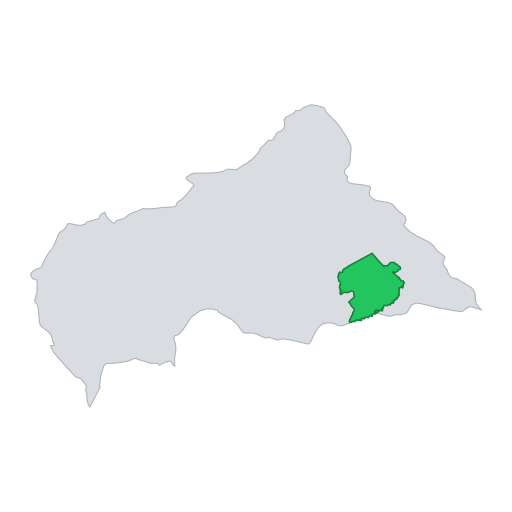 Rafaï, Mbomou, Central African Republic (highlighted)
{"feature_id": "33826404B37622790924059", "entity_name": "Rafaï", "entity_type": "district", "adm_level": 2, "iso_a3": "CAF", "parent_name": "Central African Republic", "parent_adm1": "Mbomou", "projection": "albers", "projection_center": [24.169, 5.748], "detail": "fine", "context": "in_parent", "style": "filled", "palette": "green", "viewbox_px": 512, "rotation_deg": 0, "n_neighbors": 0, "source": "geoboundaries", "source_scale": "gbopen_adm2", "svg_char_len": 8587}
<svg xmlns="http://www.w3.org/2000/svg" viewBox="0 0 512 512"><path d="M364.6,185.1L369.7,186.4L370.6,188.0L369.2,193.1L370.2,196.3L373.0,199.1L375.9,200.2L378.7,200.9L388.4,202.5L392.5,204.4L397.8,210.4L404.5,215.9L406.1,218.8L405.8,221.4L403.9,224.6L404.2,226.0L407.2,229.2L410.8,232.4L417.2,236.1L428.4,241.8L433.5,245.6L435.3,248.5L438.2,251.6L442.2,254.5L444.9,256.7L443.0,263.0L443.6,265.1L444.6,266.8L446.9,269.3L447.9,272.5L450.2,276.4L453.0,278.2L457.6,278.9L460.0,280.7L465.1,283.9L470.0,286.6L472.1,288.4L473.5,290.1L474.6,292.1L475.1,294.0L475.3,298.3L476.1,303.5L478.8,307.1L481.3,309.8L471.2,306.8L469.7,306.7L468.0,307.3L462.7,311.1L461.1,311.6L454.5,310.8L438.5,307.9L426.2,305.0L422.5,304.0L415.9,303.0L411.6,305.0L407.5,311.7L406.4,313.1L400.0,315.1L397.0,314.5L389.6,316.4L378.1,313.6L374.0,314.2L370.8,315.6L362.6,318.6L357.6,320.4L351.8,321.9L346.3,324.4L342.6,325.7L339.0,325.7L335.7,324.3L332.2,323.1L327.9,322.9L323.4,323.5L319.6,326.2L318.1,328.1L314.8,333.2L310.9,341.5L309.3,343.2L307.9,344.1L290.1,339.8L282.4,338.8L277.2,340.1L270.6,337.7L267.8,337.3L266.4,338.0L262.8,337.0L256.9,334.1L251.3,332.9L246.2,333.3L243.1,332.3L240.6,329.5L237.4,324.5L231.6,319.4L223.9,315.4L219.0,312.3L217.1,310.3L212.9,309.1L206.5,308.8L200.3,310.8L191.4,317.0L183.0,329.7L178.4,334.6L174.7,335.8L173.7,338.9L175.5,343.9L175.9,349.5L174.5,359.1L174.9,366.1L173.0,365.0L171.1,361.7L170.2,361.0L164.8,362.4L161.9,363.7L160.4,365.0L159.3,365.2L157.6,363.4L156.2,363.1L154.1,363.4L151.9,363.3L150.4,363.1L149.5,363.2L147.0,362.1L137.6,359.3L136.0,358.4L134.1,358.5L129.2,360.8L126.7,361.4L118.9,362.8L110.6,363.4L107.4,363.4L105.2,364.4L103.8,365.8L101.1,374.7L100.4,376.2L100.5,378.4L99.7,385.5L99.9,387.8L89.7,407.3L88.1,404.0L87.1,400.1L86.8,395.7L87.0,394.6L86.4,393.3L85.6,389.7L86.5,387.4L85.8,384.9L83.9,382.5L82.2,380.7L81.2,379.0L80.4,378.3L78.5,378.0L75.9,377.2L65.0,365.5L53.7,352.4L51.5,348.2L50.6,345.7L53.4,345.5L54.1,345.1L54.1,344.0L52.5,340.6L51.7,336.4L50.3,333.8L45.9,329.8L41.6,326.7L40.3,325.1L39.6,322.9L38.2,308.9L37.5,304.9L36.2,303.2L35.2,302.4L34.9,301.4L35.1,298.9L35.7,296.7L35.7,295.8L36.9,293.9L37.1,281.0L35.7,279.2L33.1,279.1L31.8,277.2L30.7,274.8L31.1,273.1L33.6,270.6L35.3,269.6L40.2,267.6L41.6,266.6L42.4,265.3L43.0,263.6L46.0,257.0L50.3,250.5L52.1,249.1L56.5,239.4L57.5,237.0L58.3,234.5L59.7,232.5L64.3,229.3L67.9,223.6L71.7,223.9L75.6,224.9L80.5,225.4L84.4,224.4L87.0,222.1L99.1,218.4L100.0,215.3L102.0,213.7L104.2,212.3L105.0,212.2L105.1,213.2L106.4,216.4L109.1,219.7L113.1,223.2L114.3,223.0L116.8,220.4L123.1,218.8L124.7,218.1L129.2,214.3L134.6,211.9L137.8,211.0L143.2,208.5L147.1,208.9L153.3,208.6L163.6,207.4L171.1,207.1L174.9,206.7L175.8,206.2L177.3,202.4L178.5,201.4L181.3,199.8L186.8,194.2L190.5,189.5L191.6,187.8L192.4,187.5L193.9,185.6L192.4,183.5L186.3,179.2L186.4,178.6L186.0,177.9L186.4,177.3L188.7,175.7L191.9,173.7L195.3,173.0L204.1,173.2L211.6,172.9L213.4,173.0L219.2,172.1L223.2,171.2L227.4,169.2L236.7,169.5L244.4,164.4L246.7,163.5L247.7,162.7L248.0,161.9L251.6,159.9L255.7,155.6L258.9,151.9L259.8,149.2L268.6,140.1L271.7,140.3L273.2,139.2L276.7,133.2L277.8,132.1L281.4,131.0L283.1,129.2L284.6,126.6L284.6,123.2L284.0,120.6L284.0,119.3L284.8,118.1L286.2,117.0L292.9,113.7L294.6,112.1L295.6,110.7L297.5,110.5L299.5,110.6L300.8,109.8L302.3,108.3L306.9,106.3L311.1,104.7L315.6,105.4L323.7,107.4L326.2,111.8L327.3,113.3L337.3,123.5L339.3,126.0L344.2,133.4L347.3,138.4L350.8,145.7L351.1,149.6L350.6,152.9L349.9,162.5L349.0,165.2L344.6,170.3L344.4,172.6L345.3,174.6L346.7,175.4L347.5,176.3L347.0,180.7L348.6,182.5L351.9,183.7L360.3,184.5L364.6,185.1Z" fill="#d9dde1" stroke="#a8b0b8" stroke-width="1"/><path d="M372.1,253.3L348.8,265.9L347.2,267.1L344.9,268.6L343.7,269.1L342.9,270.2L342.7,271.4L342.6,272.1L341.3,272.4L340.5,272.4L340.0,272.0L339.4,272.3L339.3,273.0L339.1,273.4L338.6,273.7L338.6,274.3L338.6,274.9L338.6,275.8L337.8,276.5L338.0,277.1L338.2,278.1L338.5,279.2L338.6,279.9L338.8,280.9L340.0,281.8L340.5,282.6L340.4,283.0L340.2,283.5L340.2,283.9L340.5,284.2L340.6,284.4L340.5,284.6L340.2,284.7L339.8,285.0L340.0,286.0L339.6,286.5L339.4,287.6L339.9,288.5L339.8,289.2L340.4,289.8L341.0,290.0L341.4,290.2L341.5,290.6L341.1,291.1L340.6,291.3L340.3,291.3L340.5,292.0L340.0,292.6L340.1,293.3L340.3,294.1L341.0,294.5L341.4,294.4L341.7,293.8L342.2,293.3L342.8,293.2L343.2,292.7L343.8,292.3L344.4,292.2L345.6,292.6L347.6,292.6L348.0,292.3L349.1,292.2L349.8,291.8L350.3,291.1L352.0,291.1L353.0,291.4L353.7,292.2L353.8,294.4L354.0,295.3L354.1,296.2L354.4,296.9L348.7,302.1L349.3,302.9L350.2,303.4L350.6,305.0L352.2,306.9L353.5,308.2L354.0,309.4L354.2,309.9L354.2,310.8L352.9,312.3L352.6,313.3L352.6,314.4L352.1,315.2L351.4,316.0L351.3,316.7L350.8,317.6L350.4,318.6L350.1,318.8L350.0,319.2L350.0,319.8L349.7,319.9L349.7,320.2L349.8,320.5L349.5,320.9L349.3,321.3L349.6,322.4L350.0,322.1L350.3,322.1L350.5,322.2L350.9,322.1L351.2,322.1L351.4,322.1L351.5,322.2L352.0,322.0L352.0,321.9L352.3,321.8L352.6,321.6L352.8,321.5L352.9,321.4L353.0,321.4L353.3,321.4L353.7,321.4L354.1,321.4L354.4,321.5L354.6,321.5L354.8,321.5L355.1,321.4L355.3,321.3L355.5,321.0L355.6,320.9L355.7,320.7L355.9,320.7L356.0,320.5L356.2,320.4L356.6,320.1L356.9,319.8L357.0,319.7L357.3,319.7L357.6,319.9L357.6,320.1L357.7,320.3L357.9,320.5L358.0,320.4L358.4,320.3L358.5,320.2L358.8,320.0L359.0,319.8L359.3,319.9L359.6,319.9L359.9,320.1L359.9,320.3L360.2,320.3L360.3,320.3L360.5,320.3L360.8,320.3L361.0,320.4L361.2,320.6L361.3,320.6L361.5,320.5L361.5,320.4L361.5,320.1L361.5,319.9L361.6,319.7L361.4,319.4L361.3,319.2L361.4,318.7L361.5,318.5L361.6,318.3L361.8,318.3L362.0,318.3L362.5,318.2L362.5,318.3L362.8,318.4L363.1,318.5L363.3,318.7L363.4,318.8L363.5,318.8L363.6,318.7L363.8,318.8L364.1,318.8L364.2,318.7L364.4,318.6L364.6,318.6L364.7,318.3L364.7,318.0L364.7,317.9L364.8,317.9L365.1,317.7L365.3,317.6L365.6,317.4L365.9,317.3L366.0,317.2L366.6,316.9L366.8,316.8L367.0,316.9L367.1,317.1L367.4,317.3L367.5,317.4L367.6,317.5L367.9,317.7L368.0,317.7L368.4,317.6L368.5,317.6L368.9,317.0L369.0,316.7L369.7,316.1L369.9,316.0L370.4,315.6L370.7,315.5L370.9,315.4L371.1,315.5L371.3,315.5L371.5,315.6L371.5,315.8L371.3,316.0L371.5,316.2L371.7,316.3L371.8,316.3L372.0,316.2L372.3,316.1L372.4,315.9L372.5,315.7L372.4,315.3L372.2,315.0L372.2,314.9L372.3,314.7L372.5,314.4L372.7,314.1L373.0,313.9L373.3,313.9L373.5,313.8L374.1,313.9L374.5,313.6L374.8,313.6L375.0,313.6L375.3,313.7L375.5,313.7L375.8,313.4L376.1,313.2L376.4,313.0L376.6,312.9L376.7,312.7L376.8,312.6L376.7,312.5L376.7,312.4L376.4,312.2L376.2,312.1L375.9,312.2L375.7,312.3L375.3,312.4L374.9,312.2L374.8,311.9L374.9,311.6L375.0,311.6L375.3,311.5L375.5,311.5L375.6,311.4L375.6,310.6L375.8,310.2L376.0,310.0L376.3,310.0L376.7,310.2L376.9,310.3L377.2,310.4L377.5,310.7L377.5,310.9L377.5,311.1L377.7,311.3L377.8,311.5L378.1,311.8L378.3,312.0L378.5,312.0L378.6,311.9L378.7,311.7L378.7,311.4L378.5,311.1L378.4,311.0L378.3,310.9L378.3,310.7L378.5,310.5L378.7,310.4L378.9,310.4L379.0,310.3L379.3,310.3L380.1,310.7L380.3,310.7L380.5,310.4L380.7,310.2L381.2,310.4L381.6,310.7L382.0,310.8L382.5,310.6L382.6,310.3L382.6,310.0L381.9,309.8L381.9,309.5L382.0,309.0L381.8,308.5L382.1,308.0L382.3,307.9L382.9,308.5L383.1,308.0L383.0,307.6L383.3,307.3L383.5,307.0L383.6,306.7L383.6,306.1L384.0,305.8L384.3,305.2L384.6,305.4L385.0,305.5L387.1,305.6L387.6,305.7L388.0,305.4L388.5,304.9L388.9,304.6L389.4,304.4L390.3,304.9L390.5,303.9L390.9,303.8L391.5,303.5L391.9,302.7L392.3,302.7L392.7,303.1L393.3,303.1L393.4,302.9L393.5,302.4L393.5,301.8L393.4,301.3L393.3,301.0L393.6,300.9L393.9,301.1L393.9,300.7L394.3,300.3L394.6,300.3L394.7,299.9L394.5,299.6L394.8,299.3L395.6,299.7L395.9,299.4L396.4,299.3L396.9,298.9L396.5,298.4L396.3,298.1L396.6,297.8L396.9,297.8L397.6,297.6L397.7,297.3L398.4,296.9L398.5,295.6L398.8,295.5L399.3,295.0L399.0,294.7L398.7,294.5L399.0,294.3L399.2,293.9L398.9,293.7L398.8,293.1L398.8,292.7L399.1,292.4L399.1,291.9L398.8,291.5L399.1,290.9L399.2,290.2L399.2,289.5L399.5,289.0L399.5,288.6L399.0,288.4L399.0,288.0L399.6,287.9L400.2,287.6L401.1,287.4L401.8,286.3L402.3,286.9L402.7,287.7L403.2,286.7L403.3,284.5L403.9,283.5L404.4,283.0L403.1,280.9L401.3,281.2L400.9,280.7L400.7,279.7L399.5,278.9L399.6,278.1L399.4,277.5L398.9,277.4L398.2,277.6L397.6,276.5L392.4,272.3L392.7,271.7L393.3,271.8L394.9,272.4L395.6,272.5L396.4,271.8L397.3,271.4L397.9,271.2L398.2,269.5L399.7,269.5L400.3,269.2L400.5,268.1L400.0,266.8L399.1,266.3L396.8,264.2L395.5,263.9L394.2,262.4L391.9,262.4L390.3,262.6L387.3,265.9L384.9,265.6L384.3,265.7L383.9,266.3L379.4,261.8L372.1,253.3Z" fill="#22c55e" stroke="#15803d" stroke-width="1.5"/></svg>